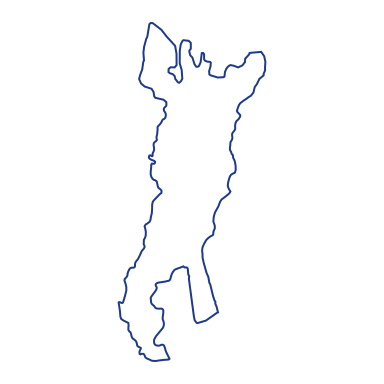 San José El Ídolo, Suchitepéquez, Guatemala
{"feature_id": "79465075B37305924039286", "entity_name": "San José El Ídolo", "entity_type": "district", "adm_level": 2, "iso_a3": "GTM", "parent_name": "Guatemala", "parent_adm1": "Suchitepéquez", "projection": "robinson", "projection_center": [-91.439, 14.373], "detail": "fine", "context": "isolated", "style": "outline", "palette": "blue", "viewbox_px": 384, "rotation_deg": 0, "n_neighbors": 0, "source": "geoboundaries", "source_scale": "gbopen_adm2", "svg_char_len": 6026}
<svg xmlns="http://www.w3.org/2000/svg" viewBox="0 0 384 384"><path d="M261.2,51.9L251.9,52.7L249.6,52.9L249.2,54.3L245.2,58.7L244.9,62.2L242.4,65.4L238.2,67.4L233.6,65.7L230.4,65.1L229.5,65.5L227.9,66.7L226.4,68.7L225.0,71.8L224.5,76.4L223.7,77.2L217.7,77.5L210.6,75.3L209.4,74.5L209.1,71.3L210.5,66.5L210.8,62.6L210.0,61.9L207.2,61.6L204.9,60.6L204.1,59.3L204.1,54.2L203.2,53.0L201.8,53.1L200.6,62.4L198.9,66.1L197.6,66.8L196.2,66.7L194.5,64.2L192.4,57.5L190.3,55.4L189.3,51.6L189.4,50.5L190.8,48.8L190.8,42.9L188.7,40.8L183.4,40.2L182.3,41.2L180.7,44.5L179.8,50.7L179.7,63.2L181.7,70.2L182.3,78.8L180.8,81.4L179.1,82.8L177.8,82.2L176.3,80.1L175.4,79.2L174.6,76.0L172.5,74.0L170.1,73.4L168.5,72.1L168.6,69.0L170.5,67.3L174.6,67.4L176.6,65.1L176.5,53.7L175.1,45.8L166.6,36.5L161.4,29.8L152.7,23.1L150.6,23.0L149.4,24.2L147.3,36.7L146.2,39.0L144.1,46.8L143.4,52.7L144.0,60.5L143.3,61.8L142.2,69.5L140.2,74.8L139.1,79.0L141.1,83.5L144.6,86.5L151.6,88.8L153.6,92.1L154.2,96.3L155.3,97.8L163.5,99.7L166.3,102.1L166.4,105.1L166.0,106.1L164.5,107.6L163.9,108.5L163.8,109.5L163.9,110.3L164.2,111.1L164.8,111.9L165.4,113.0L165.8,114.0L165.8,115.2L165.6,116.9L165.0,118.1L164.5,118.7L162.9,119.5L162.1,120.6L161.7,121.6L161.3,122.4L160.6,123.4L160.0,124.2L158.3,126.0L157.7,126.7L157.5,127.8L157.6,129.2L157.6,130.2L157.4,131.3L157.2,133.8L157.0,134.9L156.5,137.0L156.5,137.8L156.9,139.9L156.2,140.9L154.8,142.0L153.9,143.0L153.7,143.7L153.6,145.0L153.7,146.0L154.0,147.4L154.1,149.4L154.0,150.1L153.7,151.1L152.6,153.5L152.6,154.5L152.7,155.2L152.4,156.1L151.5,156.0L150.6,155.4L149.4,155.5L148.9,156.6L148.9,157.3L149.3,158.3L149.8,158.8L151.4,159.8L154.1,160.8L155.0,161.6L155.1,162.4L154.8,163.2L154.3,163.6L153.5,163.8L152.0,163.6L151.3,164.4L151.2,167.1L150.7,171.7L150.7,174.6L151.4,177.0L152.7,179.0L153.7,179.8L155.2,180.3L155.8,180.6L156.8,181.6L157.8,186.3L158.3,187.7L160.7,189.6L161.4,190.4L161.5,191.2L161.5,191.9L161.3,193.1L159.8,194.1L154.0,200.2L152.8,201.7L152.6,202.7L152.2,204.5L152.1,209.2L151.8,213.3L150.9,217.0L150.5,219.8L149.6,221.8L147.2,223.6L145.8,224.4L145.2,225.2L144.6,226.4L145.1,228.0L145.8,231.5L145.8,233.5L145.7,235.7L144.9,238.1L143.9,239.8L143.8,242.1L143.7,244.1L144.6,246.3L144.5,247.3L143.7,248.8L141.8,251.0L140.6,253.6L139.4,256.3L137.9,259.2L136.3,261.1L135.5,262.3L135.0,263.9L135.0,265.8L134.8,266.8L134.0,267.6L133.2,267.7L131.6,267.7L130.4,268.1L129.3,269.3L128.0,272.1L127.5,274.0L127.5,275.2L126.8,276.7L125.5,278.2L124.6,279.2L124.5,280.7L125.5,283.5L126.3,287.0L126.3,290.7L124.9,296.3L123.6,300.7L122.9,302.6L122.1,303.0L121.1,302.8L120.2,302.3L119.5,302.1L118.8,302.3L118.6,303.0L119.0,304.7L120.0,311.5L120.4,316.8L121.2,318.9L123.4,320.5L128.3,322.9L128.5,324.2L128.6,325.9L128.4,327.1L128.4,329.9L129.3,331.4L130.4,332.2L130.8,333.1L131.7,336.7L132.7,338.5L134.2,339.5L135.8,341.0L136.6,342.5L137.3,345.8L138.0,346.5L140.8,347.9L140.8,348.7L139.5,351.5L139.5,352.8L139.6,353.9L140.4,354.4L141.8,353.8L143.6,353.9L144.3,354.8L144.9,356.1L145.3,357.3L146.9,358.5L149.6,359.6L151.5,360.6L153.3,360.9L155.9,361.0L158.8,360.5L162.1,360.1L164.8,359.8L165.5,359.8L168.7,359.5L169.5,358.8L166.2,352.1L165.6,350.5L164.7,347.1L164.4,346.4L163.6,345.1L162.9,344.8L161.7,344.7L159.8,345.5L159.1,345.6L158.4,345.7L157.4,345.6L156.7,345.5L155.9,345.2L154.9,344.5L154.2,343.2L154.1,342.3L154.0,340.6L154.2,339.5L154.6,338.7L156.0,336.2L160.0,331.4L161.4,329.7L162.6,328.2L163.0,327.6L163.4,326.7L163.8,325.3L163.9,323.8L163.7,322.3L163.5,321.4L162.9,319.9L162.7,318.9L162.7,317.1L163.2,313.9L163.3,312.5L163.3,310.4L163.1,309.7L162.2,308.9L161.5,308.6L160.8,308.6L159.4,308.7L157.5,308.6L156.5,308.4L156.0,308.2L155.4,307.8L154.3,306.3L153.6,305.5L152.1,304.3L151.6,303.5L151.2,302.7L151.0,301.6L151.0,300.9L150.7,298.4L150.9,297.6L151.4,296.5L153.8,293.2L155.4,291.1L155.9,290.3L156.4,289.4L156.7,288.2L156.7,287.3L156.1,286.4L155.8,285.7L155.7,284.5L156.1,283.8L156.6,283.4L157.6,282.9L158.9,282.5L161.5,282.2L162.7,281.9L164.6,281.7L167.1,281.1L168.6,280.8L169.4,280.4L170.1,279.6L170.4,278.8L171.2,275.8L171.7,274.3L172.6,272.5L173.4,271.3L174.3,270.1L175.3,269.4L177.6,268.5L180.3,267.6L181.4,267.1L183.4,266.4L184.5,267.4L186.9,267.5L187.7,268.4L188.3,274.6L189.2,276.2L188.9,278.9L193.9,316.5L194.7,320.3L196.6,322.8L197.5,323.1L205.9,320.6L217.1,312.7L218.0,312.4L216.5,306.5L215.3,303.7L215.4,301.7L214.5,300.5L213.0,295.8L210.2,284.3L209.4,283.0L208.3,276.9L206.6,273.1L203.7,262.8L202.6,257.8L202.5,253.9L202.3,252.3L202.1,250.8L202.4,248.1L202.7,246.9L203.5,245.1L204.2,243.6L205.8,240.7L206.4,239.9L207.1,239.1L208.2,238.1L209.7,236.9L210.3,236.5L212.7,235.2L213.2,234.4L213.4,232.2L213.6,231.3L213.9,230.4L214.4,229.4L214.8,228.4L214.8,227.7L214.8,226.7L214.7,225.5L214.3,224.2L213.6,222.3L213.4,221.4L213.4,220.6L213.5,219.6L213.8,216.7L214.6,213.7L215.3,211.9L218.1,206.9L218.8,205.3L219.2,204.1L220.2,201.6L221.2,200.0L221.8,199.3L222.9,198.5L224.5,197.3L228.3,194.3L229.2,193.4L229.9,192.5L230.4,191.4L229.9,190.7L228.7,188.6L228.1,187.1L227.8,186.0L227.8,185.2L228.2,182.4L228.7,180.2L229.5,177.5L230.0,176.4L230.6,175.3L231.2,174.6L231.9,174.2L233.0,173.5L234.5,173.0L235.0,172.4L235.5,170.6L235.7,169.5L235.7,168.7L235.6,166.1L235.5,165.2L235.0,162.2L234.8,161.4L234.4,160.2L233.3,158.1L233.1,157.2L233.0,156.2L232.7,154.8L232.1,154.4L231.7,153.9L231.2,152.2L230.7,151.2L230.2,150.4L230.0,149.7L229.9,148.6L229.9,147.7L230.3,145.2L230.4,142.6L230.8,141.6L231.9,139.9L232.2,139.0L232.4,137.8L232.1,135.3L232.1,134.4L232.2,133.6L232.8,132.6L234.3,130.7L234.8,129.9L235.1,129.1L235.2,128.2L235.1,125.6L235.2,124.7L235.6,122.9L236.4,121.2L237.2,120.4L238.1,119.6L238.8,118.8L239.6,117.6L240.3,116.1L240.1,114.9L238.6,113.3L237.6,112.3L236.9,111.0L237.6,108.6L238.3,106.7L239.0,105.0L239.5,104.3L239.9,103.6L240.9,102.7L243.6,100.6L246.3,98.9L248.5,97.2L250.8,95.8L251.3,95.2L252.3,94.0L253.0,93.1L253.5,92.3L254.7,87.1L256.9,84.1L259.4,78.9L263.6,75.4L263.6,73.9L265.1,70.5L265.0,67.8L265.4,61.8L264.2,56.2L261.2,51.9Z" fill="none" stroke="#1e3a8a" stroke-width="2"/></svg>